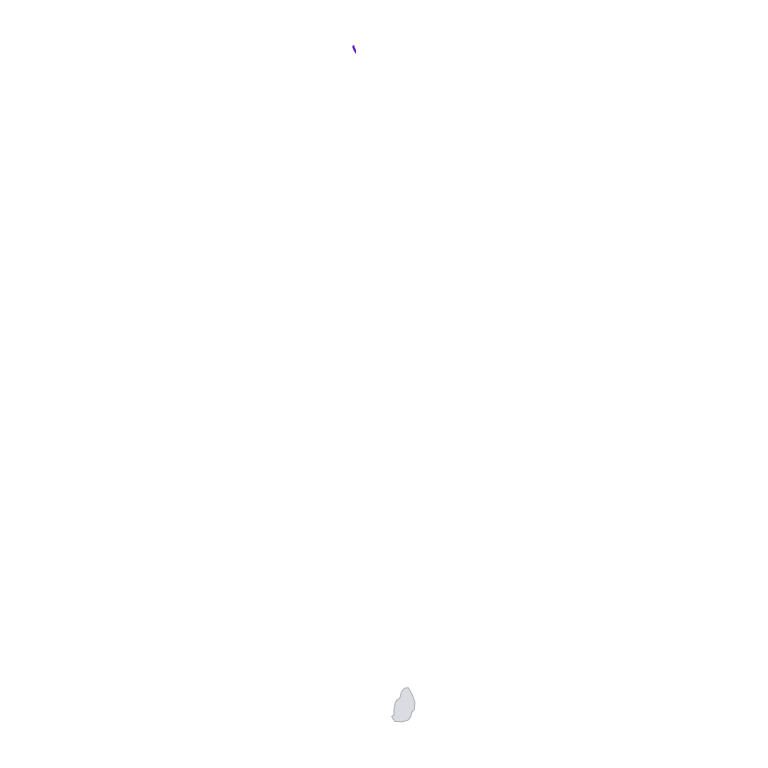 Agaléga on a map of Mauritius (Equal Earth projection)
{"feature_id": "MUS-5180", "entity_name": "Agaléga", "entity_type": "Dependency", "adm_level": 1, "iso_a3": "MUS", "parent_name": "Mauritius", "parent_adm1": "", "projection": "equal_earth", "projection_center": [56.538, -10.365], "detail": "fine", "context": "in_parent", "style": "filled", "palette": "violet", "viewbox_px": 768, "rotation_deg": 0, "n_neighbors": 0, "source": "natural_earth", "source_scale": "10m", "svg_char_len": 543}
<svg xmlns="http://www.w3.org/2000/svg" viewBox="0 0 768 768"><path d="M408.0,720.1L401.8,721.9L394.9,721.3L392.3,717.8L391.8,716.3L394.1,714.9L393.9,710.4L395.1,703.3L396.6,700.4L400.0,697.8L401.4,692.0L404.4,688.2L408.3,687.7L412.3,694.8L414.9,702.3L414.3,709.7L411.6,712.5L410.7,716.8L408.0,720.1Z" fill="#d9dde1" stroke="#a8b0b8" stroke-width="1"/><path d="M353.1,46.5L353.2,46.3L353.3,46.2L353.7,46.1L354.0,47.6L355.3,50.3L355.3,51.6L354.3,50.0L353.4,48.0L353.1,47.2L353.1,46.5Z" fill="#8b5cf6" stroke="#5b21b6" stroke-width="1.5"/></svg>